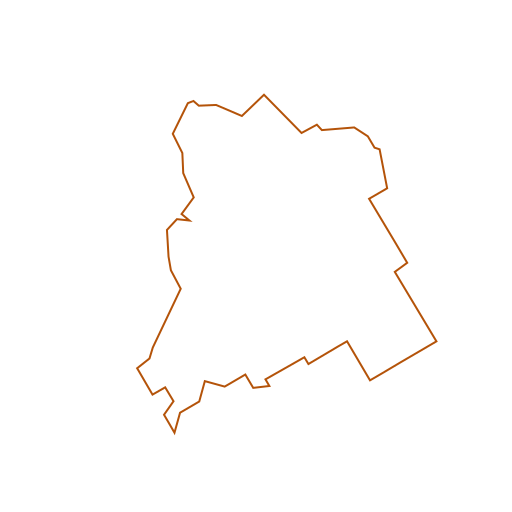 Henry, Georgia, United States of America, rotated 239°
{"feature_id": "52423323B6580750779767", "entity_name": "Henry", "entity_type": "district", "adm_level": 2, "iso_a3": "USA", "parent_name": "United States of America", "parent_adm1": "Georgia", "projection": "orthographic", "projection_center": [-84.158, 33.473], "detail": "fine", "context": "isolated", "style": "outline", "palette": "amber", "viewbox_px": 512, "rotation_deg": 239, "n_neighbors": 0, "source": "geoboundaries", "source_scale": "gbopen_adm2", "svg_char_len": 852}
<svg xmlns="http://www.w3.org/2000/svg" viewBox="0 0 512 512"><g transform="rotate(239 256 256)"><path d="M283.8,416.9L287.8,413.4L301.0,413.5L315.6,406.4L330.0,377.3L337.2,375.8L338.0,358.4L390.1,345.9L383.3,316.0L406.0,299.6L414.3,284.4L421.1,282.2L422.1,276.3L403.6,247.6L382.2,245.9L364.5,236.3L338.3,232.8L330.3,213.8L320.7,217.2L328.3,207.2L324.2,193.1L300.5,180.7L287.6,175.7L266.7,174.6L230.7,120.4L223.0,111.9L221.0,96.3L218.5,96.3L190.5,95.9L190.2,110.5L174.0,110.5L167.3,95.4L157.5,95.3L146.5,95.1L160.8,110.2L160.5,132.4L175.1,147.7L160.2,161.9L160.1,167.0L159.9,185.8L144.4,185.7L137.7,200.5L145.4,200.6L144.9,220.4L144.3,245.3L136.4,245.3L136.2,279.4L136.0,290.1L90.7,289.7L90.5,304.1L90.4,325.5L89.9,366.7L170.9,366.8L172.3,382.1L196.2,382.3L246.8,382.4L246.5,403.3L283.8,416.9Z" fill="none" stroke="#b45309" stroke-width="2"/></g></svg>